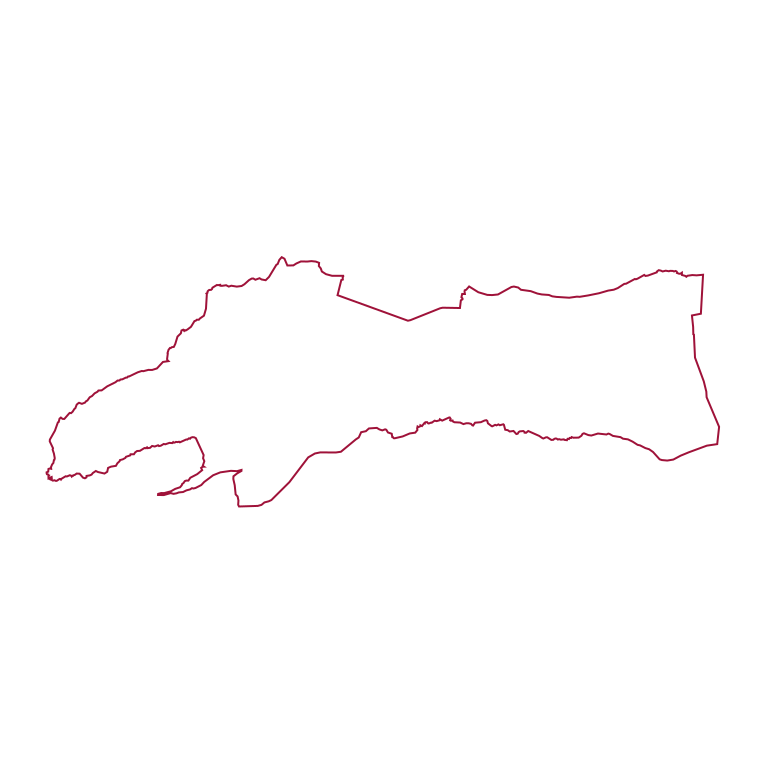 Magharibi, Zanzibar West, United Republic of Tanzania (orthographic projection), rotated 91°
{"feature_id": "72390352B70436774950451", "entity_name": "Magharibi", "entity_type": "district", "adm_level": 2, "iso_a3": "TZA", "parent_name": "United Republic of Tanzania", "parent_adm1": "Zanzibar West", "projection": "orthographic", "projection_center": [39.256, -6.174], "detail": "fine", "context": "isolated", "style": "outline", "palette": "rose", "viewbox_px": 768, "rotation_deg": 91, "n_neighbors": 0, "source": "geoboundaries", "source_scale": "gbopen_adm2", "svg_char_len": 6132}
<svg xmlns="http://www.w3.org/2000/svg" viewBox="0 0 768 768"><g transform="rotate(91 384 384)"><path d="M269.2,66.9L269.9,73.3L269.7,77.7L270.5,82.5L271.5,83.6L270.7,84.6L269.8,88.0L267.5,88.1L268.6,89.6L268.6,90.9L267.9,92.9L267.5,92.7L266.4,93.4L265.9,94.4L266.4,96.0L265.9,97.2L265.9,100.0L266.3,101.1L265.8,104.3L266.6,107.4L265.8,109.2L265.4,111.3L266.8,113.1L267.6,113.2L271.0,122.1L271.4,124.5L270.4,125.7L274.3,132.4L274.9,134.0L274.6,135.0L279.5,143.7L279.7,145.5L284.0,151.9L285.7,155.9L286.7,161.5L289.5,170.6L291.9,181.5L293.4,189.8L293.3,192.7L294.5,200.3L293.9,213.2L293.4,217.3L292.1,220.7L291.7,227.8L290.9,232.2L288.6,238.9L287.4,248.7L285.2,251.5L284.3,255.8L284.8,258.3L292.5,271.6L293.2,277.4L293.1,282.3L290.6,291.3L285.0,300.6L288.3,303.4L288.9,304.9L290.0,305.1L292.6,304.7L292.6,307.4L295.9,308.1L297.1,307.0L298.0,307.0L299.0,308.6L306.7,309.4L306.7,326.7L307.3,329.2L319.7,358.7L320.3,361.2L296.0,432.0L280.8,428.5L280.3,427.0L278.3,427.2L277.1,426.6L276.5,426.7L276.7,437.9L275.2,443.9L272.6,448.1L269.6,449.2L267.2,451.2L264.0,451.0L262.8,454.3L262.4,458.7L262.9,462.8L262.9,469.2L265.0,473.7L267.0,476.7L267.2,482.7L260.5,485.7L259.0,488.5L261.7,490.8L265.9,492.4L266.7,493.7L278.9,500.8L282.3,504.1L281.6,508.3L280.4,510.3L282.0,514.4L280.8,516.5L280.9,518.1L282.5,520.8L286.7,525.3L288.5,528.1L289.2,532.9L288.4,538.4L289.3,540.9L288.0,543.6L288.7,547.8L288.6,549.4L287.7,549.5L288.1,551.8L287.9,552.8L290.7,557.2L292.0,557.6L292.9,558.6L293.0,560.4L293.7,561.3L294.5,562.0L295.9,562.1L296.6,563.1L297.1,562.7L311.8,563.3L318.8,565.2L321.7,569.2L323.0,570.3L323.0,572.3L324.0,573.3L324.4,574.6L330.2,578.0L332.8,581.3L334.0,583.2L333.6,584.0L334.4,584.7L333.2,585.7L334.0,587.4L336.9,588.0L340.2,591.3L347.6,593.4L350.6,594.8L350.9,596.8L351.8,597.9L351.7,598.6L353.5,600.0L356.9,601.0L357.3,600.7L362.6,601.3L363.6,601.2L364.9,599.9L365.8,605.4L372.4,611.3L374.0,616.1L374.0,619.8L375.4,624.9L375.2,626.4L376.6,630.4L380.9,639.0L380.9,639.9L382.1,641.1L382.1,642.2L383.9,645.7L384.1,647.6L385.1,648.5L385.2,650.5L386.9,652.5L391.1,660.6L395.3,666.2L395.5,669.4L396.7,670.3L398.4,673.2L401.1,675.7L402.4,678.0L405.7,680.3L406.6,681.8L407.8,682.6L409.1,685.7L408.1,688.6L408.8,689.6L410.0,690.9L413.6,692.2L414.3,693.1L417.2,694.9L418.6,696.4L418.4,697.7L418.9,698.3L424.5,703.0L424.5,704.8L423.2,706.5L424.3,707.8L427.7,708.6L428.1,709.4L436.4,712.2L445.4,717.1L447.2,717.2L454.0,713.8L455.3,714.2L459.4,712.8L463.9,711.9L465.5,712.2L465.8,712.7L468.7,713.2L470.2,714.4L472.9,715.5L474.6,715.3L474.3,716.8L474.8,718.0L477.5,718.2L478.2,719.8L479.5,719.7L480.1,719.4L480.4,718.1L481.3,717.9L481.4,717.4L482.3,717.9L484.4,717.8L484.2,717.2L484.5,717.3L484.9,716.6L483.6,716.5L482.8,714.7L484.5,714.5L485.4,715.2L486.4,713.4L486.0,711.8L486.6,710.4L486.5,709.5L484.6,706.7L484.6,705.8L485.2,705.3L484.3,704.7L481.8,700.7L482.0,699.5L480.7,696.5L481.2,695.1L482.0,694.6L481.3,694.0L481.3,693.4L480.7,693.1L480.4,691.8L478.9,689.7L479.0,686.8L482.9,683.3L483.5,681.4L482.6,679.9L481.1,679.8L480.5,676.5L479.7,674.8L478.1,673.6L476.0,670.6L477.0,668.5L478.4,661.9L476.6,659.2L472.7,658.4L471.4,655.5L470.5,650.6L467.9,649.2L465.8,647.0L464.7,646.7L463.9,643.9L462.4,641.3L461.3,640.7L459.8,636.5L458.7,636.2L458.6,632.8L456.7,631.6L455.3,629.7L455.1,626.9L452.2,622.4L452.4,621.4L451.5,619.9L452.3,619.6L451.9,616.8L450.0,614.8L450.5,612.1L449.2,608.8L450.0,607.9L449.6,606.1L447.8,603.2L448.1,601.6L446.6,597.5L446.8,594.7L445.8,593.8L446.3,593.3L446.2,592.2L445.5,591.0L445.7,589.4L445.3,587.9L445.9,587.1L442.9,580.7L443.0,579.7L441.7,578.0L442.1,577.0L441.1,576.2L440.5,574.7L440.6,572.9L441.4,571.2L458.2,563.1L461.4,563.6L464.3,562.3L469.0,563.8L469.8,562.6L469.9,563.9L471.1,565.4L473.3,564.3L477.4,569.2L481.1,576.0L484.0,577.9L484.0,580.0L484.6,581.5L486.6,582.8L487.4,584.0L488.7,584.4L490.8,586.1L492.5,590.9L495.0,595.2L496.9,601.9L496.9,604.9L497.8,607.9L498.9,608.0L498.9,602.2L496.8,595.4L497.5,592.5L496.9,589.5L496.0,587.3L495.5,583.0L493.8,579.7L492.8,576.1L491.5,574.2L491.8,572.7L491.3,570.7L488.2,564.9L485.1,562.1L478.2,553.2L475.2,546.1L473.5,535.6L473.7,529.4L472.4,525.0L473.4,525.0L475.9,529.2L478.9,532.9L481.6,533.0L487.8,531.5L497.0,530.4L499.0,528.4L503.1,527.5L507.3,527.7L509.0,526.8L508.1,508.1L507.0,504.4L504.5,501.5L503.3,497.2L502.0,494.6L483.8,476.9L458.7,458.5L454.7,451.9L453.5,446.6L453.3,430.9L452.5,425.9L439.9,411.2L437.9,408.3L432.6,406.0L431.5,401.3L428.7,398.3L428.0,390.4L429.5,387.8L430.4,384.9L429.3,382.1L429.7,380.9L432.4,379.2L433.6,375.4L436.9,374.8L436.9,374.2L438.0,373.4L438.1,372.4L436.1,364.4L433.0,357.4L432.1,351.9L429.4,349.8L427.7,350.1L425.9,349.7L426.5,348.8L425.5,346.8L424.7,346.8L425.4,345.3L422.8,343.3L422.8,342.5L422.0,342.6L421.5,341.9L421.4,340.2L422.5,339.3L422.7,338.5L421.7,336.1L421.9,335.6L419.8,332.8L420.2,330.7L419.3,327.8L418.3,327.5L419.6,325.2L416.3,318.2L416.3,317.7L417.6,316.8L419.1,317.3L419.6,316.4L419.3,314.8L420.2,314.5L421.0,313.0L421.2,307.2L422.7,303.9L421.8,301.0L421.8,298.7L422.3,296.3L423.8,294.9L424.0,294.2L421.1,292.3L420.5,286.5L418.8,282.9L418.4,281.1L419.1,280.1L421.5,279.4L424.3,275.6L424.4,274.9L422.9,272.2L423.4,270.8L422.4,268.9L423.2,267.5L422.2,264.0L422.7,263.4L427.6,262.0L428.0,259.5L429.3,257.5L428.7,253.7L431.7,250.8L431.4,249.5L429.7,248.5L429.0,247.4L428.6,243.9L429.4,242.7L430.2,242.6L430.3,241.1L428.5,239.0L433.2,227.9L435.4,224.6L435.7,223.7L434.5,221.1L434.4,219.9L437.0,215.7L436.8,213.7L435.9,212.8L435.5,211.7L435.6,210.5L436.5,209.2L436.1,208.0L436.6,206.1L436.2,203.2L436.7,202.7L437.0,200.1L435.6,199.5L435.8,198.1L434.7,197.5L434.7,196.0L433.8,195.5L434.4,193.7L434.2,188.4L432.3,185.7L430.4,184.6L429.8,183.2L431.5,178.8L431.9,175.8L429.8,169.2L430.6,160.7L429.7,158.9L430.0,157.6L431.9,154.2L433.0,146.6L434.5,144.1L435.1,139.1L437.3,134.4L440.4,129.4L440.9,126.9L443.5,121.6L444.6,117.8L447.3,113.8L454.5,107.1L455.2,104.8L455.6,99.4L454.5,93.4L450.5,86.2L446.9,77.9L440.0,60.1L438.3,49.8L421.0,48.2L391.6,61.2L386.0,61.6L375.8,64.3L352.2,73.5L329.2,75.0L328.9,75.6L321.6,75.9L310.1,77.3L308.2,68.4L269.2,66.9Z" fill="none" stroke="#9f1239" stroke-width="2"/></g></svg>